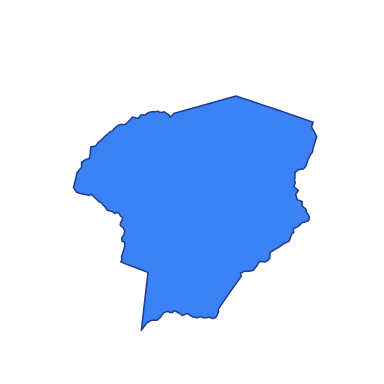 the district of Flores, Pernambuco, Brazil, rotated 314°
{"feature_id": "56859067B79651247321593", "entity_name": "Flores", "entity_type": "district", "adm_level": 2, "iso_a3": "BRA", "parent_name": "Brazil", "parent_adm1": "Pernambuco", "projection": "albers", "projection_center": [-37.929, -7.925], "detail": "fine", "context": "isolated", "style": "filled", "palette": "blue", "viewbox_px": 384, "rotation_deg": 314, "n_neighbors": 0, "source": "geoboundaries", "source_scale": "gbopen_adm2", "svg_char_len": 2228}
<svg xmlns="http://www.w3.org/2000/svg" viewBox="0 0 384 384"><g transform="rotate(314 192 192)"><path d="M126.3,95.8L112.7,103.9L112.3,106.8L111.6,109.0L113.1,112.3L114.6,114.7L115.5,116.2L116.7,117.9L118.1,120.3L120.4,121.1L120.4,124.3L120.5,130.1L120.5,132.4L121.4,134.2L120.9,137.2L120.9,140.3L120.0,143.4L122.7,148.9L122.9,151.5L125.1,151.9L126.0,154.8L125.1,156.9L125.4,159.7L123.3,161.2L120.5,161.7L118.1,163.6L118.5,167.6L117.0,170.9L113.6,172.9L110.4,173.1L107.9,176.0L109.5,178.1L106.6,181.0L102.8,183.2L96.5,186.2L94.5,188.7L92.3,189.4L94.2,194.3L103.6,216.2L73.9,238.9L71.9,240.5L69.1,242.6L57.7,251.4L59.7,251.4L61.7,251.0L63.7,250.8L66.4,250.5L69.6,251.3L71.8,252.2L73.6,254.0L75.7,256.0L79.7,256.3L83.8,255.6L86.0,255.7L89.1,257.4L90.0,259.7L91.7,261.7L94.1,261.5L95.1,263.9L95.7,266.7L96.3,268.5L96.4,270.7L98.5,271.8L100.6,272.4L101.7,274.1L102.2,277.7L103.0,279.8L105.2,283.2L108.5,284.5L108.9,286.8L110.9,289.2L113.7,291.2L115.6,295.0L118.1,296.2L121.5,295.4L124.0,294.3L126.0,292.3L143.5,289.3L165.6,286.0L167.3,283.3L172.1,285.1L173.3,287.1L178.0,290.4L184.5,289.9L187.4,288.9L189.8,289.5L192.2,293.1L195.7,294.2L198.7,293.7L202.8,290.2L210.3,292.1L213.4,293.0L218.7,293.9L224.1,296.0L231.0,292.9L233.7,293.3L235.7,290.6L237.6,291.1L241.7,292.4L246.5,292.4L248.8,294.1L252.0,295.6L254.1,295.2L255.9,293.2L257.1,288.2L258.7,285.9L258.6,280.7L261.7,277.9L259.5,273.0L262.6,268.0L266.9,267.5L266.6,261.5L270.4,259.9L271.7,257.5L273.8,256.1L277.6,252.5L281.7,253.0L285.9,256.0L289.3,256.0L295.9,253.0L301.2,251.3L304.6,250.9L306.4,249.4L308.5,248.2L316.2,244.5L318.2,243.5L319.9,239.2L321.2,234.5L322.3,232.5L326.3,230.7L311.7,199.0L303.1,181.2L301.7,178.1L293.0,159.9L291.5,156.9L236.2,124.5L234.3,124.6L230.6,124.1L231.5,121.9L230.3,116.3L227.2,114.0L226.3,111.1L224.2,110.0L222.2,107.7L218.6,105.3L214.9,104.8L213.3,103.1L211.6,101.5L208.2,102.5L206.7,100.9L204.6,97.1L202.7,97.3L199.7,97.3L195.2,97.3L192.7,96.0L191.6,94.1L189.7,92.9L186.1,92.2L183.4,91.9L181.0,92.5L178.1,91.2L174.6,91.2L172.6,90.7L167.0,90.7L161.8,90.1L158.1,90.8L154.3,87.8L152.8,89.1L151.3,90.2L149.1,91.8L147.4,93.3L144.6,94.9L141.6,93.1L136.7,91.8L133.1,95.4L126.3,95.8Z" fill="#3b82f6" stroke="#1e3a8a" stroke-width="1.5"/></g></svg>